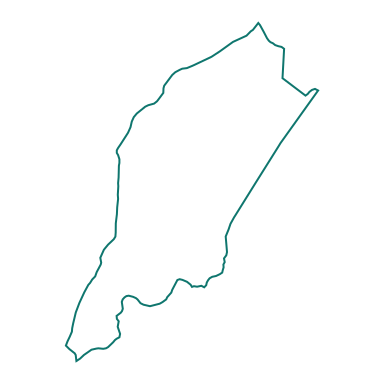 Querência do Norte, Paraná, Brazil
{"feature_id": "56859067B64295279901958", "entity_name": "Querência do Norte", "entity_type": "district", "adm_level": 2, "iso_a3": "BRA", "parent_name": "Brazil", "parent_adm1": "Paraná", "projection": "orthographic", "projection_center": [-53.558, -23.06], "detail": "fine", "context": "isolated", "style": "outline", "palette": "teal", "viewbox_px": 384, "rotation_deg": 0, "n_neighbors": 0, "source": "geoboundaries", "source_scale": "gbopen_adm2", "svg_char_len": 2012}
<svg xmlns="http://www.w3.org/2000/svg" viewBox="0 0 384 384"><path d="M166.2,299.4L167.2,297.2L171.3,292.6L172.2,289.9L177.4,280.0L179.7,279.2L182.5,279.9L187.0,281.8L190.6,284.7L192.0,286.9L193.9,286.2L197.1,286.7L201.4,285.8L204.2,287.3L206.2,285.2L206.8,282.5L208.1,280.2L209.6,278.3L212.2,276.8L216.0,276.0L219.8,274.2L222.2,272.6L222.8,270.0L223.6,267.4L223.4,264.5L224.7,262.1L224.0,258.4L226.3,255.3L227.0,252.1L226.3,243.6L225.7,236.5L228.6,229.4L230.5,223.8L234.1,217.3L235.2,215.6L256.2,181.9L261.6,173.3L278.3,146.7L280.5,143.1L318.1,90.5L315.0,88.9L312.0,89.9L309.4,91.9L307.7,94.0L305.5,95.6L282.5,78.2L284.1,48.8L281.5,46.9L278.4,46.2L275.2,45.1L272.8,43.2L270.5,42.2L268.8,40.7L267.0,38.2L263.8,32.0L260.0,25.1L258.3,23.0L252.9,29.9L250.8,31.3L246.5,35.7L233.0,41.9L220.2,51.1L211.5,56.8L199.9,62.3L194.2,65.0L192.2,65.9L186.9,68.1L182.2,68.7L179.6,69.9L175.3,72.2L172.2,75.0L164.2,85.7L163.5,88.3L163.3,92.9L158.4,99.5L157.0,101.3L154.1,103.6L148.3,105.2L145.2,106.7L136.8,113.5L133.8,117.1L131.8,121.5L130.5,127.2L128.0,132.8L120.6,144.3L118.0,148.1L116.8,150.3L116.8,152.9L118.1,155.1L119.4,159.2L119.4,163.0L118.9,165.7L118.6,177.6L118.1,183.1L118.3,186.1L118.2,188.2L117.8,194.8L118.1,198.9L117.2,207.3L116.9,214.2L115.8,223.3L115.7,232.6L115.4,236.6L113.8,239.2L111.6,241.3L108.1,244.6L103.9,249.7L100.3,257.8L101.2,262.6L100.7,264.6L96.7,272.1L95.2,276.4L92.2,279.5L90.1,282.9L88.3,284.9L84.3,292.3L79.4,302.9L75.8,312.4L73.2,323.3L72.2,328.2L71.9,331.7L69.8,336.6L67.5,341.4L65.9,345.6L69.4,349.1L74.7,353.3L75.7,355.0L76.4,361.0L80.1,358.6L83.9,355.0L91.5,349.7L96.3,348.6L98.4,348.3L103.2,348.8L106.0,348.3L108.1,347.1L113.2,342.2L114.9,340.1L116.7,338.7L119.4,337.3L120.1,333.9L117.7,326.8L118.7,321.3L116.9,318.9L116.6,315.9L120.8,312.7L122.0,311.1L122.8,308.8L121.8,301.9L122.7,299.4L124.5,297.4L126.4,296.1L128.7,295.7L133.0,296.8L135.9,298.1L137.5,299.4L140.5,303.2L143.5,304.7L150.0,306.2L159.7,303.7L162.5,302.1L166.2,299.4Z" fill="none" stroke="#0f766e" stroke-width="2"/></svg>